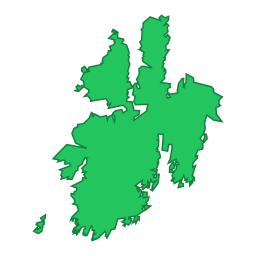 Bø nor, Nordland, Norway
{"feature_id": "86288312B44209185687579", "entity_name": "Bø nor", "entity_type": "district", "adm_level": 2, "iso_a3": "NOR", "parent_name": "Norway", "parent_adm1": "Nordland", "projection": "mercator", "projection_center": [14.6, 68.718], "detail": "fine", "context": "isolated", "style": "filled", "palette": "green", "viewbox_px": 256, "rotation_deg": 0, "n_neighbors": 0, "source": "geoboundaries", "source_scale": "gbopen_adm2", "svg_char_len": 5823}
<svg xmlns="http://www.w3.org/2000/svg" viewBox="0 0 256 256"><path d="M206.2,134.2L203.8,134.1L204.7,136.3L203.1,142.1L200.2,138.4L204.1,132.4L205.3,128.4L204.5,123.0L206.8,115.1L213.7,120.1L221.9,121.6L216.4,114.1L215.9,107.9L220.3,105.5L218.9,104.1L219.0,100.1L222.3,96.9L213.6,92.4L213.7,89.4L211.3,86.7L193.8,82.3L193.4,77.9L186.3,74.0L186.1,82.5L184.5,84.4L184.5,87.6L183.2,86.8L183.7,78.6L182.3,78.4L178.7,83.2L177.3,90.5L177.8,92.9L170.1,94.3L168.9,95.6L170.3,97.3L167.2,97.8L166.5,95.1L169.8,93.2L167.9,93.4L167.5,88.8L170.6,87.1L169.8,85.9L170.4,83.7L160.8,82.6L164.8,78.2L164.2,75.3L165.8,72.9L165.6,70.0L164.4,71.2L164.6,68.3L162.5,67.6L163.9,63.5L163.0,63.2L163.5,60.8L165.1,60.1L165.3,57.6L164.3,57.4L169.1,49.9L166.0,50.1L165.6,45.5L167.9,43.6L170.1,37.5L167.6,34.6L165.9,36.8L164.1,35.4L168.0,31.7L167.2,27.3L168.8,25.6L166.8,23.7L163.5,25.9L168.5,19.8L168.7,16.4L165.1,17.9L161.5,15.4L159.1,17.9L160.8,20.6L150.1,17.0L143.2,22.9L143.1,27.2L141.2,29.7L142.1,31.1L141.7,40.1L139.8,42.0L141.8,46.4L140.0,48.2L141.1,49.9L139.9,49.9L144.1,52.3L143.0,55.0L143.9,56.4L142.3,57.9L142.9,61.5L152.2,67.9L142.0,66.2L139.0,68.7L139.3,74.2L136.6,79.4L140.2,88.1L138.2,89.0L136.3,85.8L137.6,83.3L135.2,83.3L133.1,85.7L133.5,90.5L132.5,94.6L135.2,96.3L133.9,101.8L135.4,104.7L147.9,104.4L146.5,111.2L133.8,120.4L134.1,117.1L138.8,114.6L139.6,110.7L134.0,110.5L132.0,101.8L126.7,101.6L126.9,98.5L129.1,97.3L127.4,96.3L128.1,92.7L126.9,93.7L127.7,89.5L131.4,88.4L131.8,86.1L129.9,81.6L127.5,82.1L128.7,77.7L126.6,77.5L128.9,73.3L127.7,71.4L129.8,63.9L128.3,60.8L129.3,56.4L127.9,55.2L129.1,53.5L128.6,50.8L126.5,45.0L121.7,43.1L123.8,40.2L123.3,39.0L117.5,37.8L117.7,33.2L113.9,34.2L117.7,32.2L113.1,29.4L111.9,31.8L114.9,32.3L108.8,38.4L114.7,39.8L113.9,41.0L115.0,42.7L113.7,44.6L109.6,46.4L111.3,50.7L108.4,50.7L107.7,54.6L103.1,57.6L102.3,60.9L102.9,62.9L100.8,63.4L101.3,64.6L89.2,67.1L88.0,68.8L89.5,71.2L85.9,72.3L87.4,70.5L84.6,66.4L81.7,68.4L81.7,71.0L84.0,73.0L80.8,79.3L83.5,81.4L84.3,84.8L79.9,86.5L77.3,84.6L78.0,85.8L76.1,86.8L78.0,90.2L74.2,90.5L78.5,91.4L83.6,86.7L88.8,89.9L88.7,92.3L84.4,96.4L87.8,95.9L90.9,99.3L90.7,101.2L105.9,98.7L108.3,102.3L107.1,104.0L107.6,105.4L110.5,103.4L108.4,108.3L123.1,105.2L126.5,108.4L126.6,110.8L123.1,112.9L121.9,109.6L115.6,110.7L112.8,113.3L115.1,117.7L114.3,121.8L112.0,115.0L108.2,117.0L107.5,119.9L106.3,115.6L100.5,117.1L94.7,114.0L93.2,116.4L92.1,115.2L93.1,113.7L91.5,112.5L89.1,118.4L83.4,123.7L77.6,124.5L77.6,126.7L74.0,128.4L71.9,133.5L75.7,143.1L86.7,148.2L66.7,144.6L53.1,158.7L58.9,159.9L57.7,161.8L63.9,160.1L65.6,161.7L64.4,163.1L65.2,164.4L69.3,163.3L70.7,165.7L59.7,169.7L62.4,171.2L60.9,175.5L62.2,176.5L61.0,179.1L68.5,176.8L67.2,179.3L72.0,179.2L75.5,171.5L77.9,170.1L77.9,166.6L81.8,164.3L85.0,157.5L86.9,157.7L86.0,158.2L87.1,160.6L86.3,164.0L81.7,168.4L83.4,170.5L82.5,172.3L86.1,172.0L83.8,174.6L86.0,178.2L82.9,177.7L82.4,180.8L71.6,186.2L76.8,187.9L76.7,190.5L74.1,192.0L74.1,194.2L71.2,193.5L71.0,195.4L74.4,199.4L74.9,202.6L72.9,204.0L77.0,205.2L78.5,210.5L72.0,217.0L70.7,220.1L72.7,218.9L72.4,221.9L74.0,218.1L75.7,218.4L75.3,221.2L78.4,218.5L75.1,223.1L76.3,224.9L78.7,222.1L77.1,225.1L78.9,225.1L74.1,228.0L72.3,232.5L76.4,228.9L73.5,233.7L76.6,232.7L76.7,234.6L77.5,233.9L76.8,230.6L79.1,229.7L78.1,231.2L78.9,232.3L81.6,227.2L84.9,226.5L85.7,228.1L83.8,229.5L83.1,233.9L84.1,233.9L82.9,235.5L84.8,233.6L85.1,235.8L87.0,235.5L91.2,226.1L92.2,226.8L92.2,230.4L94.4,230.2L93.1,234.3L94.9,233.8L92.7,236.2L92.5,238.1L93.6,238.6L91.8,239.1L92.1,240.6L98.0,238.3L105.1,231.2L106.0,233.1L105.4,236.2L107.1,237.1L106.6,238.8L111.3,229.6L114.9,228.9L117.7,219.0L124.7,217.9L124.2,219.0L125.4,219.7L121.8,221.9L125.7,223.7L123.1,225.3L124.8,226.4L125.8,223.7L128.6,225.0L131.7,221.0L131.0,220.5L131.6,218.9L129.9,218.9L131.1,218.0L128.6,218.5L129.0,217.0L135.2,216.1L132.6,223.0L135.0,221.1L135.8,223.5L137.9,219.0L139.1,220.1L139.3,216.6L137.5,216.6L137.3,215.2L143.8,210.7L142.1,208.8L143.5,207.6L142.4,205.6L144.2,205.9L145.1,210.3L150.6,206.0L145.0,205.4L147.1,203.7L145.6,202.3L147.9,200.9L149.0,197.0L142.5,197.8L147.0,196.8L147.1,192.2L142.9,191.9L142.8,195.6L139.5,196.7L142.0,192.0L140.7,189.8L138.2,191.7L136.9,188.4L138.9,189.4L139.7,187.8L135.1,185.7L142.4,180.2L141.7,184.5L144.3,184.8L141.4,187.2L143.0,188.6L142.5,190.0L146.0,186.6L147.6,188.0L148.0,185.6L149.0,187.5L149.8,185.3L147.5,185.2L147.8,181.5L149.6,184.2L150.9,179.7L152.2,182.7L155.4,181.1L152.4,185.5L152.1,187.8L153.2,188.1L150.8,189.6L152.3,190.8L157.9,183.6L159.2,174.4L156.9,174.5L156.0,177.6L153.6,177.4L154.5,175.4L153.3,174.8L156.4,174.3L157.2,169.0L155.9,171.2L151.3,170.0L156.4,168.6L158.3,164.0L157.3,162.6L158.7,162.6L158.1,159.6L160.5,157.3L159.2,151.9L157.0,151.2L158.0,149.5L156.8,148.7L158.4,146.5L158.7,140.3L157.4,140.1L158.6,139.1L157.9,134.0L163.4,134.2L162.1,150.1L167.6,151.1L168.6,144.6L171.7,144.4L172.2,147.0L170.3,158.6L168.3,163.2L176.1,159.1L175.7,163.2L177.5,162.0L178.8,164.6L175.4,164.6L176.6,166.8L176.1,169.4L173.5,171.8L171.3,169.7L174.4,168.0L173.9,162.2L172.7,162.4L169.6,167.0L169.5,172.3L173.7,172.6L172.1,175.4L172.9,178.3L171.2,180.7L171.9,181.2L173.2,178.3L174.6,178.3L173.2,179.9L174.3,183.6L180.3,180.2L178.2,187.6L183.3,186.2L183.4,183.8L180.8,182.6L183.7,175.4L185.2,179.7L184.4,180.7L187.2,178.7L186.1,182.1L191.6,181.5L189.7,183.3L189.7,185.7L192.6,182.6L191.7,180.9L194.5,180.6L194.3,178.0L193.3,178.7L193.6,176.3L192.1,175.8L195.5,165.7L192.8,167.4L193.0,162.8L197.3,158.2L197.6,155.6L195.3,156.3L197.8,150.2L202.6,149.0L203.0,145.3L202.1,144.1L207.2,138.7L206.2,134.2ZM45.4,214.9L40.5,218.1L43.0,221.6L37.2,222.7L36.1,224.6L40.6,227.4L36.8,230.1L37.8,228.9L37.3,227.2L33.7,231.3L38.3,233.5L41.8,231.3L43.1,224.8L44.4,224.0L43.8,219.5L45.2,218.2L45.4,214.9Z" fill="#22c55e" stroke="#15803d" stroke-width="1.5"/></svg>